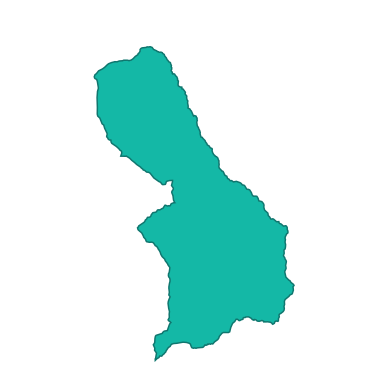 Labateca, Norte de Santander, Colombia, rotated 344°
{"feature_id": "7082276B68163491076409", "entity_name": "Labateca", "entity_type": "district", "adm_level": 2, "iso_a3": "COL", "parent_name": "Colombia", "parent_adm1": "Norte de Santander", "projection": "robinson", "projection_center": [-72.516, 7.278], "detail": "fine", "context": "isolated", "style": "filled", "palette": "teal", "viewbox_px": 384, "rotation_deg": 344, "n_neighbors": 0, "source": "geoboundaries", "source_scale": "gbopen_adm2", "svg_char_len": 6075}
<svg xmlns="http://www.w3.org/2000/svg" viewBox="0 0 384 384"><g transform="rotate(344 192 192)"><path d="M235.0,340.9L235.9,339.6L236.5,339.3L237.5,339.3L238.9,340.0L239.5,339.7L240.3,337.4L241.5,336.1L241.7,334.3L242.1,333.8L242.7,333.4L243.9,333.2L246.6,332.1L247.8,331.1L248.6,329.5L248.9,327.3L250.0,325.6L250.6,322.8L251.4,321.5L252.1,320.9L256.5,319.0L257.5,318.1L260.3,317.5L262.4,314.3L263.0,310.9L264.3,310.0L264.1,308.8L262.2,306.2L261.7,304.2L260.8,303.4L258.8,299.7L259.1,294.5L259.5,293.6L261.3,291.5L261.6,290.2L261.7,288.5L263.5,285.0L263.5,283.6L263.0,282.3L263.0,280.5L262.4,279.1L262.5,278.1L263.7,276.4L264.3,273.5L264.7,272.9L265.8,272.4L266.7,270.6L267.5,268.3L267.6,265.8L268.7,263.5L268.7,262.0L269.3,260.8L271.5,258.3L272.7,257.9L273.0,257.5L273.4,256.0L273.2,254.1L273.7,252.7L273.6,251.6L273.3,250.8L272.9,250.3L270.5,250.0L269.0,247.5L267.6,246.4L267.2,245.6L267.3,244.4L265.1,243.9L262.9,240.5L262.1,240.0L260.7,239.9L260.2,239.5L259.8,237.5L258.8,235.7L259.1,233.2L256.9,229.6L256.8,229.0L256.8,226.9L257.2,225.3L257.6,224.5L257.5,222.8L256.5,220.5L253.8,218.9L253.8,216.3L253.2,214.1L252.5,213.7L249.8,212.9L249.0,211.2L248.9,208.9L248.0,205.9L246.9,205.0L245.7,204.6L245.4,204.3L244.3,200.3L243.7,199.7L242.3,199.0L241.7,197.4L240.7,196.2L237.6,194.0L234.6,193.7L233.3,192.0L231.8,191.7L231.1,189.9L229.9,188.8L229.8,186.4L228.7,185.5L228.1,184.7L228.2,184.1L227.9,183.5L227.9,182.5L227.5,180.8L227.2,180.4L226.4,180.0L226.3,179.4L224.8,176.6L224.8,175.0L225.8,172.7L225.8,171.7L226.5,169.4L226.2,168.2L226.2,166.5L225.3,164.8L224.2,164.1L224.2,163.5L223.2,162.0L222.7,159.9L222.7,158.5L222.7,157.8L223.3,156.4L223.2,155.7L221.7,154.5L221.2,152.5L219.7,151.0L219.6,149.4L218.9,147.9L218.7,146.1L217.1,143.2L217.0,142.4L215.8,141.7L215.8,138.9L215.9,138.0L216.3,137.1L216.3,134.9L215.9,133.2L215.9,131.8L215.3,129.8L215.8,126.2L216.9,124.4L216.8,123.5L217.3,122.4L216.8,121.2L216.9,120.4L216.7,120.1L215.4,119.2L214.4,119.4L213.7,114.0L213.2,113.1L212.8,111.6L211.3,110.2L212.0,108.4L212.3,105.1L213.1,103.3L212.6,101.8L212.9,99.6L213.4,98.4L213.2,97.6L212.7,96.8L212.4,95.6L213.1,94.5L213.0,93.9L211.8,90.6L210.7,90.0L211.1,88.9L211.1,88.3L209.8,88.0L209.2,87.3L208.7,87.0L208.1,86.1L208.2,84.9L209.5,81.6L208.9,80.4L209.3,79.6L209.2,77.3L208.2,75.5L207.8,73.9L207.0,73.3L206.2,73.4L205.8,73.0L205.7,72.6L206.1,71.5L205.4,70.0L205.5,69.2L206.2,68.6L206.8,67.0L206.5,66.0L207.1,64.6L206.8,63.2L206.9,61.9L206.5,61.2L205.7,60.6L205.0,58.7L204.5,57.9L204.3,56.0L203.3,53.9L203.2,52.1L202.0,50.7L201.9,50.0L201.3,49.4L200.4,48.9L199.8,48.9L198.9,48.6L198.5,48.0L197.3,47.4L197.1,46.7L194.4,44.4L193.5,42.0L191.8,40.8L190.0,40.6L188.8,40.1L187.9,40.4L183.7,39.7L182.4,40.0L181.4,40.7L180.9,42.4L179.5,43.7L178.4,44.1L177.8,45.1L174.9,46.0L172.2,47.6L170.0,48.4L167.7,48.4L166.2,47.5L162.6,46.5L161.5,46.7L158.1,46.0L155.8,46.2L153.8,45.5L150.3,45.4L147.3,45.7L145.9,46.2L142.3,48.1L139.9,49.0L135.6,49.8L132.7,51.9L131.1,52.5L129.8,54.3L129.8,55.6L130.1,56.3L131.4,57.5L131.5,59.6L130.8,65.5L130.5,66.7L128.9,69.2L128.4,70.6L126.8,75.0L124.3,84.8L122.4,91.0L122.3,93.0L123.8,95.6L124.4,101.7L125.6,103.3L125.6,106.6L126.5,112.1L126.3,113.3L125.5,114.6L125.2,115.4L125.9,116.8L126.0,118.0L126.9,119.2L128.3,119.7L128.0,121.6L128.3,123.1L131.8,127.3L133.6,130.2L134.2,131.8L135.4,133.2L135.4,134.3L135.1,135.4L133.4,137.9L138.2,139.4L138.7,139.3L141.4,142.3L142.8,144.9L144.9,147.8L146.4,150.3L149.5,154.0L149.8,154.9L150.9,156.3L151.2,157.4L152.5,158.2L153.3,159.6L154.1,160.5L155.6,161.0L156.9,162.3L159.2,168.0L163.1,172.9L164.4,173.9L165.4,176.4L166.0,176.9L168.4,177.3L169.0,176.8L169.9,175.3L171.0,174.7L173.6,174.8L176.5,175.5L176.1,176.7L174.1,180.1L175.1,183.0L174.8,184.0L174.5,184.5L173.3,185.4L172.6,186.3L172.4,187.1L172.7,190.3L172.0,194.7L172.3,196.2L172.1,197.0L172.4,197.5L171.0,197.3L169.0,197.5L168.3,197.9L167.4,199.1L166.8,199.2L166.0,198.8L164.5,198.7L162.9,197.4L162.3,197.3L159.5,199.7L158.4,199.7L157.7,200.0L155.9,200.3L154.6,199.8L154.0,199.8L153.6,200.0L152.5,201.1L151.6,201.4L148.7,201.1L146.6,202.6L145.8,203.8L144.8,204.4L144.1,204.5L142.2,204.1L140.9,205.5L139.4,206.1L138.6,207.2L137.6,207.9L131.5,209.9L130.4,211.1L129.8,211.3L129.7,212.6L129.9,213.7L132.4,217.5L133.1,220.8L133.1,222.1L134.3,224.6L134.4,226.6L134.7,227.3L137.2,228.6L139.5,229.1L140.6,229.9L141.1,230.7L141.9,233.5L143.1,234.6L143.8,236.9L143.9,238.1L144.3,238.7L144.8,240.9L144.9,243.5L145.5,245.9L147.3,249.1L147.3,250.6L148.7,254.2L148.8,255.4L149.8,258.2L149.8,258.8L147.9,263.1L147.0,263.9L146.3,265.7L146.2,267.1L146.8,268.6L146.7,270.3L146.1,272.1L145.3,273.3L143.7,276.7L143.2,278.3L142.6,282.1L141.5,284.3L141.4,284.9L142.0,286.3L141.9,286.9L140.2,289.0L139.1,290.6L138.3,292.4L137.5,297.5L137.4,300.7L136.4,303.1L135.6,306.4L133.8,308.3L134.0,309.3L135.1,310.4L135.7,311.7L135.0,311.9L133.5,313.5L130.1,318.4L127.1,318.1L126.3,318.3L125.2,318.9L124.5,319.7L118.0,319.9L117.1,320.5L116.1,322.4L114.8,326.1L114.2,327.0L112.7,328.2L113.2,331.8L112.4,333.8L113.5,337.0L111.4,341.4L110.6,342.4L110.3,343.7L112.3,342.6L114.6,342.0L115.8,340.8L117.7,341.4L119.1,340.4L120.5,339.9L121.7,339.0L122.6,338.6L123.3,337.6L126.4,335.0L128.4,334.4L129.6,333.2L130.4,332.7L132.6,332.6L135.5,333.2L142.0,333.9L145.2,335.1L147.6,336.6L148.5,337.7L148.7,340.8L149.1,341.8L150.4,342.6L151.5,342.6L152.8,343.3L154.4,343.3L159.4,344.3L160.3,344.1L162.4,342.6L163.1,343.2L164.4,343.1L164.9,342.6L165.3,343.0L166.6,342.7L167.7,343.4L169.0,343.2L170.1,343.8L172.4,342.3L176.0,341.0L177.2,340.1L178.6,338.2L181.9,336.0L183.5,335.7L188.1,337.1L189.7,336.8L192.0,332.8L194.5,329.8L195.1,329.3L197.4,328.3L199.3,326.5L200.3,326.7L200.8,327.1L201.6,328.4L202.4,328.8L203.9,328.4L205.8,328.4L206.3,327.4L207.2,327.0L208.5,327.3L209.2,327.0L211.8,327.5L213.8,329.3L215.0,331.5L215.8,331.7L216.1,332.3L216.4,332.3L216.7,331.8L217.1,331.8L218.2,332.5L219.1,334.0L220.9,334.8L223.8,334.8L225.2,335.9L225.3,336.8L226.2,336.8L227.0,337.2L228.6,337.5L231.3,338.7L232.5,339.9L232.9,341.1L233.2,341.4L235.0,340.9Z" fill="#14b8a6" stroke="#0f766e" stroke-width="1.5"/></g></svg>